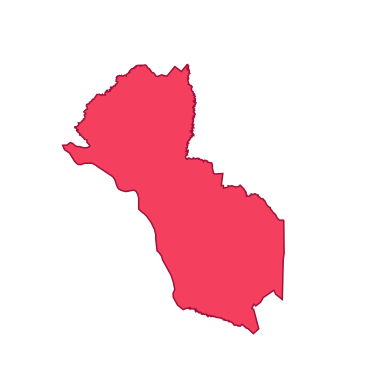 La Paz, Entre Ríos, Argentina (Natural Earth projection), rotated 307°
{"feature_id": "61730980B80741205900311", "entity_name": "La Paz", "entity_type": "district", "adm_level": 2, "iso_a3": "ARG", "parent_name": "Argentina", "parent_adm1": "Entre Ríos", "projection": "natural_earth1", "projection_center": [-59.387, -30.91], "detail": "fine", "context": "isolated", "style": "filled", "palette": "rose", "viewbox_px": 384, "rotation_deg": 307, "n_neighbors": 0, "source": "geoboundaries", "source_scale": "gbopen_adm2", "svg_char_len": 6002}
<svg xmlns="http://www.w3.org/2000/svg" viewBox="0 0 384 384"><g transform="rotate(307 192 192)"><path d="M160.5,328.8L192.7,305.7L198.4,302.5L224.4,282.5L224.4,281.5L223.3,280.7L222.2,278.4L222.3,276.1L223.5,273.8L223.6,272.8L224.2,272.5L224.6,268.4L225.2,267.2L225.4,265.6L226.7,263.6L226.3,262.4L226.6,259.7L228.9,255.1L228.7,254.5L229.3,253.0L228.1,250.9L228.7,249.1L228.2,247.7L229.4,246.6L228.8,245.6L228.5,243.3L226.5,242.1L226.1,240.5L225.1,240.9L224.2,240.2L223.4,240.6L221.3,238.0L222.6,237.7L222.8,236.8L224.1,235.5L223.9,235.2L224.4,235.0L225.8,231.0L226.4,226.3L224.3,225.9L223.1,224.9L221.6,222.2L221.0,220.0L219.5,218.8L218.7,217.1L217.8,218.0L214.1,215.0L216.1,213.2L214.8,211.5L225.3,205.5L220.0,199.2L219.9,198.2L223.0,194.3L224.6,192.8L225.1,192.8L227.1,190.3L225.3,186.7L225.3,186.2L226.0,185.7L225.5,185.0L225.7,184.1L224.8,183.5L224.7,182.7L223.6,182.8L223.9,182.5L223.5,181.6L223.7,180.4L222.9,179.3L223.0,177.4L222.2,177.5L222.2,175.9L220.5,174.8L220.3,173.4L219.6,173.2L219.9,172.5L219.0,172.6L217.8,171.9L217.4,169.1L216.4,168.5L215.3,168.7L215.0,168.1L215.5,167.7L215.3,166.5L216.5,165.4L217.7,165.3L218.5,164.7L218.5,165.3L218.9,165.0L219.1,165.5L219.4,164.7L221.1,164.9L221.2,163.9L222.2,164.4L223.0,163.7L221.7,162.9L222.1,162.9L221.8,162.4L222.7,162.1L223.8,160.9L224.5,161.7L225.3,161.2L226.9,159.5L227.1,160.1L227.5,159.6L228.4,159.8L228.0,159.3L229.1,159.2L229.0,158.3L230.8,158.3L231.4,158.8L231.6,158.2L233.5,158.7L234.0,158.2L234.5,158.4L234.7,157.9L235.3,158.8L236.9,158.5L237.3,159.2L237.2,158.4L237.9,159.2L238.0,158.5L238.9,158.9L239.2,157.7L238.7,157.9L238.6,157.0L239.2,156.8L239.2,156.1L239.7,156.6L240.6,156.1L239.4,155.5L240.2,155.7L240.7,155.3L240.2,154.4L241.8,155.3L241.9,154.6L242.6,154.6L242.6,153.8L243.7,153.2L244.1,153.3L243.6,153.8L244.0,154.3L244.0,153.6L244.7,154.1L245.0,153.1L246.2,153.1L245.8,152.5L246.6,152.0L246.1,151.5L246.7,151.4L247.0,151.8L247.2,150.9L248.6,150.8L248.6,150.4L250.3,150.0L250.3,149.4L251.1,149.1L250.7,148.9L251.0,148.2L251.4,148.5L251.5,148.0L253.1,147.7L253.3,148.4L253.8,147.7L254.1,148.4L255.0,147.6L256.4,147.9L255.8,147.4L256.4,147.0L256.1,146.3L256.7,145.2L257.0,145.6L257.7,144.4L258.4,144.9L258.4,144.3L259.3,144.3L259.4,143.2L260.1,143.4L259.9,141.7L260.3,141.7L260.4,142.1L261.5,141.5L261.3,142.3L262.1,142.7L262.9,142.0L264.3,141.9L265.0,141.3L265.0,140.8L265.7,141.4L265.9,140.8L265.1,140.0L265.8,139.7L265.8,139.4L265.5,139.6L265.2,139.5L265.5,139.5L265.4,138.3L266.6,138.6L267.0,139.6L268.5,138.6L268.2,137.7L269.2,137.3L269.1,136.8L270.4,137.0L270.6,135.7L271.1,135.5L270.5,134.9L271.7,134.5L271.4,133.8L272.8,132.6L272.5,131.8L273.2,130.2L274.1,129.7L273.9,129.3L275.2,128.8L276.0,129.0L276.5,127.4L276.0,126.7L276.3,125.5L275.9,125.3L275.9,124.0L276.8,124.1L278.7,121.3L279.6,121.3L279.7,120.6L281.0,120.8L281.2,119.5L281.7,119.6L282.1,118.9L283.8,119.0L284.8,118.3L285.5,118.7L285.7,117.6L286.7,117.4L287.4,116.6L287.1,116.1L287.7,115.8L287.2,115.2L287.7,115.2L287.4,114.8L287.8,114.1L287.4,114.1L287.9,113.3L288.9,113.4L288.7,114.4L290.6,113.5L290.5,112.6L290.8,112.6L291.2,111.9L290.8,111.4L281.8,111.0L281.9,102.8L269.6,102.3L268.1,99.8L267.5,97.4L263.7,95.1L262.9,93.3L263.9,90.7L264.0,89.6L263.5,88.5L263.7,86.7L264.4,85.4L264.0,84.7L264.8,84.0L264.5,81.8L265.4,79.8L265.3,78.1L263.4,76.4L262.9,75.4L262.2,75.4L262.2,74.7L261.4,74.7L261.4,73.5L259.4,71.5L259.0,71.9L258.3,71.4L258.1,71.9L256.6,70.9L256.3,71.5L254.0,69.7L252.4,69.4L250.7,69.4L250.2,70.3L249.3,69.4L248.3,69.8L247.2,69.1L246.0,68.9L245.0,69.6L244.7,67.8L243.0,67.2L242.6,66.4L242.8,65.5L242.0,65.2L241.1,63.6L240.0,63.6L239.8,62.8L237.9,62.7L237.6,63.7L236.7,63.6L234.7,64.8L235.1,66.5L232.8,66.9L231.9,66.0L231.0,66.7L230.0,66.6L229.7,65.7L228.4,65.7L226.7,63.9L226.2,64.4L226.6,65.5L224.7,65.2L224.6,64.8L223.9,64.6L224.2,65.7L223.7,65.9L221.5,64.7L221.3,64.0L222.3,63.3L221.6,62.6L220.5,63.5L219.6,62.7L218.2,63.2L217.3,64.3L216.0,62.6L216.2,61.6L214.7,61.3L214.3,59.3L212.6,57.4L206.9,57.7L206.2,56.8L204.0,57.0L201.9,56.2L200.9,56.8L198.5,55.2L197.2,55.8L197.0,56.7L195.3,58.5L193.8,57.7L190.8,57.4L190.7,60.2L188.5,59.6L187.7,61.5L186.0,62.1L185.1,61.4L184.2,62.2L183.3,61.4L181.4,61.6L179.5,60.7L178.9,59.6L177.6,61.1L175.2,60.9L173.7,59.3L173.1,59.4L172.8,60.0L173.4,61.4L172.8,62.5L173.2,63.7L172.9,63.8L172.3,62.7L171.5,62.8L171.0,67.4L169.9,67.9L170.5,69.2L170.0,71.0L170.1,72.6L169.4,74.3L170.3,76.6L169.5,77.6L168.6,77.8L167.5,82.6L166.8,82.8L164.5,81.7L162.2,79.2L160.8,75.2L159.0,72.6L158.6,70.8L159.0,67.4L158.1,65.0L154.2,63.9L151.5,60.6L149.1,64.6L149.4,70.8L146.4,78.3L145.5,81.2L145.5,84.6L147.3,87.0L150.0,88.7L154.9,94.9L155.5,98.0L155.5,101.7L156.5,118.0L156.4,120.1L155.5,122.8L151.2,129.1L150.3,131.5L150.7,134.4L152.2,138.2L153.2,139.6L158.2,144.0L158.8,145.6L158.8,147.0L157.5,150.1L154.9,153.2L146.3,159.6L145.8,164.9L145.9,167.0L145.3,170.7L143.2,177.4L139.7,184.4L136.0,188.9L133.0,191.0L124.0,199.5L123.8,202.4L122.5,206.2L120.0,209.6L112.8,225.7L108.1,232.2L103.8,236.9L99.6,237.9L96.7,240.3L93.0,248.5L92.8,255.8L96.5,258.0L96.6,258.8L97.5,259.4L97.1,260.1L97.2,260.9L97.6,260.7L97.8,259.7L98.7,259.8L98.5,262.2L99.7,263.6L99.8,264.4L100.9,265.2L100.1,265.6L100.2,266.4L99.5,266.0L99.4,266.9L98.8,266.6L98.6,267.1L100.4,268.0L99.6,269.4L99.9,270.3L100.4,270.3L100.9,270.9L100.4,271.4L101.0,271.8L100.8,273.1L100.3,273.2L100.9,274.2L101.7,274.2L101.6,275.5L102.6,276.2L102.6,277.2L103.3,277.6L102.9,278.7L102.2,278.6L102.1,279.8L103.9,279.9L103.7,281.7L105.0,282.1L104.6,282.7L105.7,283.4L105.4,284.3L106.2,285.0L106.4,286.7L109.0,291.2L108.7,291.5L109.2,293.0L108.8,293.9L109.2,294.7L109.7,294.6L109.5,295.8L110.9,298.0L110.6,299.1L111.3,299.5L110.9,300.1L111.9,301.1L111.7,304.0L111.1,305.1L111.4,306.5L111.8,306.5L112.6,307.9L112.7,309.4L113.3,309.6L113.7,311.2L116.5,311.5L116.0,317.3L116.6,319.3L115.8,326.3L122.9,327.6L135.2,312.1L135.3,309.7L139.6,309.0L139.4,311.5L145.2,313.1L150.5,312.4L162.8,316.5L160.7,320.5L160.5,328.8Z" fill="#f43f5e" stroke="#9f1239" stroke-width="1.5"/></g></svg>